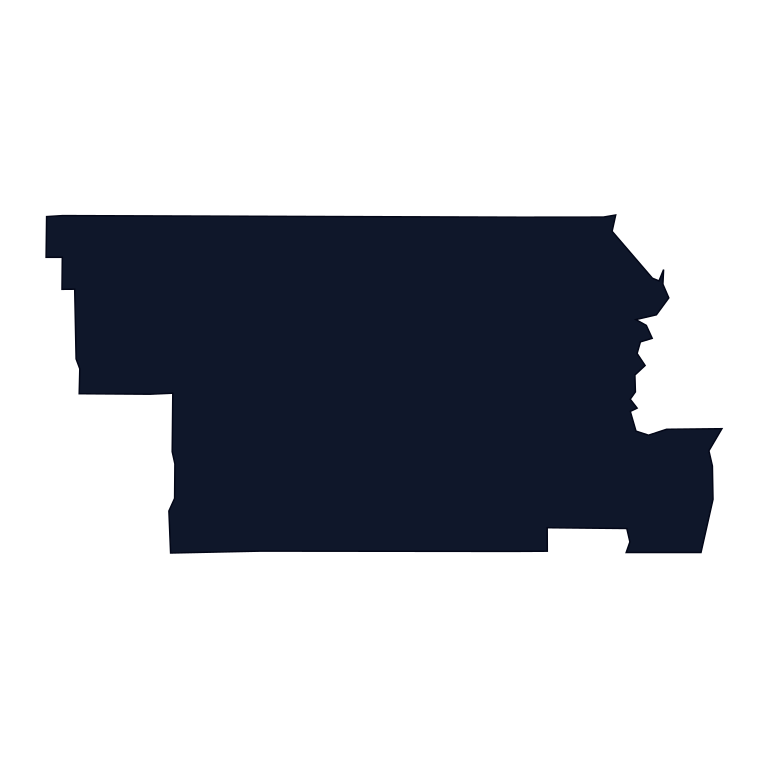 Glenn, California, United States of America
{"feature_id": "52423323B940291063109", "entity_name": "Glenn", "entity_type": "district", "adm_level": 2, "iso_a3": "USA", "parent_name": "United States of America", "parent_adm1": "California", "projection": "mercator", "projection_center": [-122.275, 39.592], "detail": "fine", "context": "isolated", "style": "filled", "palette": "ink", "viewbox_px": 768, "rotation_deg": 0, "n_neighbors": 0, "source": "geoboundaries", "source_scale": "gbopen_adm2", "svg_char_len": 758}
<svg xmlns="http://www.w3.org/2000/svg" viewBox="0 0 768 768"><path d="M46.6,216.6L46.1,257.3L62.3,257.3L62.0,289.3L74.7,289.2L76.1,358.9L79.8,368.8L79.2,393.7L149.7,394.2L172.8,393.2L172.2,451.7L174.9,463.9L174.6,498.4L168.9,511.0L170.6,553.0L260.9,551.1L512.1,551.4L547.3,551.2L547.2,527.7L626.8,528.5L629.9,541.9L626.2,552.5L701.0,552.5L713.0,499.4L712.4,466.0L708.9,450.8L721.9,428.7L666.5,429.3L648.5,435.2L636.0,431.1L630.3,411.4L637.1,408.1L630.2,399.2L635.4,391.9L634.9,375.0L645.1,365.5L637.1,353.5L640.4,341.9L652.2,338.3L646.3,325.4L635.8,319.6L656.4,314.8L668.8,297.9L662.9,284.2L663.6,269.6L659.0,280.9L652.4,278.2L612.1,231.3L615.7,215.0L603.3,217.1L520.9,217.2L62.7,215.6L46.6,216.6Z" fill="#0f172a" stroke="#020617" stroke-width="1.5"/></svg>